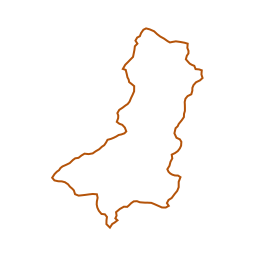 Apiacá, Espírito Santo, Brazil (Mercator projection), rotated 13°
{"feature_id": "56859067B41801731555514", "entity_name": "Apiacá", "entity_type": "district", "adm_level": 2, "iso_a3": "BRA", "parent_name": "Brazil", "parent_adm1": "Espírito Santo", "projection": "mercator", "projection_center": [-41.557, -21.07], "detail": "fine", "context": "isolated", "style": "outline", "palette": "amber", "viewbox_px": 256, "rotation_deg": 13, "n_neighbors": 0, "source": "geoboundaries", "source_scale": "gbopen_adm2", "svg_char_len": 2283}
<svg xmlns="http://www.w3.org/2000/svg" viewBox="0 0 256 256"><g transform="rotate(13 128 128)"><path d="M126.9,27.0L123.2,26.9L120.9,28.8L119.4,32.5L118.9,35.9L116.6,37.8L115.6,41.2L118.2,43.7L116.3,46.8L116.7,50.5L116.8,53.7L116.9,57.6L114.8,61.0L113.2,63.7L111.1,67.0L109.7,71.6L112.7,71.9L114.7,75.8L116.1,78.8L117.7,80.6L118.8,83.0L121.6,84.3L124.6,85.8L125.7,90.9L125.0,94.7L124.2,98.2L123.6,101.9L122.3,104.7L120.5,106.6L118.1,109.5L115.4,112.3L114.3,115.9L115.7,118.0L116.2,120.6L115.7,124.5L118.6,125.8L121.7,126.2L124.8,128.3L127.1,131.7L125.7,134.0L122.9,135.8L120.5,136.9L118.5,138.9L116.3,140.7L113.9,142.4L110.7,144.1L109.9,147.0L108.7,150.1L106.8,152.1L104.7,155.2L101.7,158.0L99.3,160.7L95.5,162.3L91.4,162.8L88.8,165.3L86.5,168.2L83.4,169.4L81.5,171.6L79.1,175.3L76.0,177.8L72.8,180.2L71.2,182.2L70.3,184.6L68.5,186.6L66.8,189.4L65.3,193.5L68.1,195.6L72.0,195.6L75.5,194.9L78.7,195.0L82.2,196.3L84.7,198.3L87.4,199.7L89.3,201.0L91.3,204.4L95.1,205.0L98.0,204.0L101.4,202.8L105.1,201.4L108.5,200.2L112.6,199.6L114.1,202.8L114.2,206.7L114.7,209.5L116.0,212.4L118.2,215.2L121.5,217.7L124.9,217.3L127.5,219.4L127.8,222.8L128.6,226.5L132.8,229.1L134.2,225.1L136.2,223.2L138.5,220.3L136.0,218.9L136.6,216.0L135.3,212.7L138.3,208.7L141.7,205.6L145.0,205.0L146.5,202.9L148.0,200.5L150.1,198.2L153.2,197.3L156.3,197.7L160.9,197.0L164.7,196.2L167.6,195.7L170.7,196.2L174.9,197.0L179.0,197.8L182.7,197.0L185.2,194.7L182.8,192.4L183.7,189.0L186.3,186.4L188.3,181.8L190.1,178.2L190.7,174.3L189.5,169.0L190.2,164.1L187.4,163.1L184.4,163.7L181.7,163.5L179.4,162.8L177.3,161.5L175.6,159.3L176.9,155.5L177.0,151.4L178.0,147.7L176.6,144.1L179.5,141.8L181.7,139.3L183.1,136.2L183.7,133.3L183.1,129.5L181.1,127.4L177.4,126.6L174.4,122.7L174.4,117.5L176.0,115.2L176.5,112.7L178.6,108.4L180.0,104.8L179.4,101.6L179.6,98.6L179.0,95.9L178.2,92.7L177.4,89.9L177.4,86.5L178.9,83.5L182.1,80.9L182.3,77.2L181.7,74.4L182.2,71.4L184.0,68.1L187.4,65.4L189.4,62.5L187.5,59.3L186.9,55.2L184.1,54.9L180.6,55.4L178.6,52.5L176.0,52.1L173.7,51.4L171.5,49.9L168.9,48.0L169.1,44.3L170.1,41.8L169.6,39.3L167.8,36.6L167.2,32.4L163.9,32.2L159.5,32.4L155.1,32.8L151.8,34.2L149.6,35.2L147.1,34.5L143.0,32.8L138.8,31.6L135.3,30.0L131.7,27.9L126.9,27.0Z" fill="none" stroke="#b45309" stroke-width="2"/></g></svg>